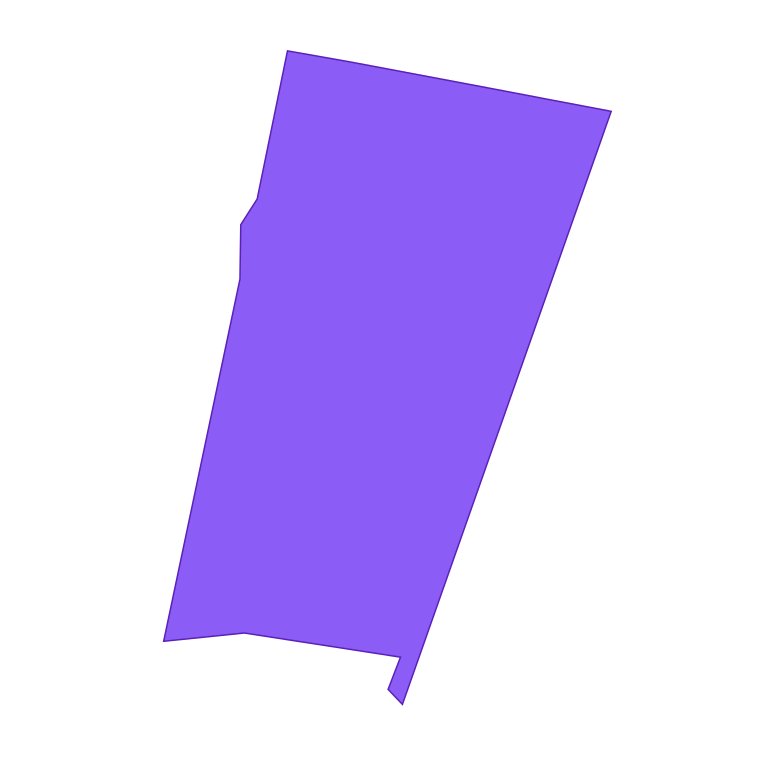 the district of Todd, Kentucky, United States of America, rotated 191°
{"feature_id": "52423323B26851239767625", "entity_name": "Todd", "entity_type": "district", "adm_level": 2, "iso_a3": "USA", "parent_name": "United States of America", "parent_adm1": "Kentucky", "projection": "robinson", "projection_center": [-87.184, 36.857], "detail": "fine", "context": "isolated", "style": "filled", "palette": "violet", "viewbox_px": 768, "rotation_deg": 191, "n_neighbors": 0, "source": "geoboundaries", "source_scale": "gbopen_adm2", "svg_char_len": 384}
<svg xmlns="http://www.w3.org/2000/svg" viewBox="0 0 768 768"><g transform="rotate(191 384 384)"><path d="M477.5,693.7L542.3,692.6L543.8,541.4L555.0,513.1L545.4,459.4L551.2,89.4L473.7,112.9L315.7,119.0L321.7,85.0L304.8,73.0L213.0,695.0L238.1,694.9L278.2,694.7L281.9,694.7L318.7,694.6L338.6,694.5L339.2,694.5L477.5,693.7Z" fill="#8b5cf6" stroke="#5b21b6" stroke-width="1.5"/></g></svg>